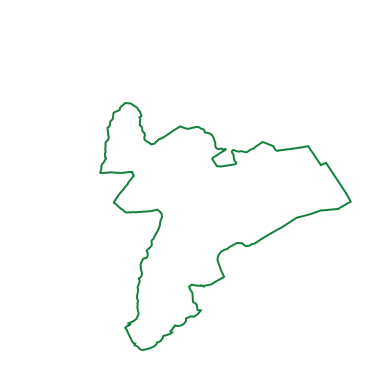 the district of Labuhan Batu Selatan, Sumatera Utara, Indonesia, rotated 58°
{"feature_id": "22746128B23995987640193", "entity_name": "Labuhan Batu Selatan", "entity_type": "district", "adm_level": 2, "iso_a3": "IDN", "parent_name": "Indonesia", "parent_adm1": "Sumatera Utara", "projection": "robinson", "projection_center": [100.002, 1.834], "detail": "fine", "context": "isolated", "style": "outline", "palette": "green", "viewbox_px": 384, "rotation_deg": 58, "n_neighbors": 0, "source": "geoboundaries", "source_scale": "gbopen_adm2", "svg_char_len": 6088}
<svg xmlns="http://www.w3.org/2000/svg" viewBox="0 0 384 384"><g transform="rotate(58 192 192)"><path d="M124.9,203.8L123.7,204.2L122.0,204.4L119.9,203.0L119.1,202.0L117.1,201.1L116.8,201.1L116.0,201.5L115.2,201.5L114.2,201.7L113.7,201.6L111.7,200.6L111.1,200.4L110.3,200.4L109.5,200.1L109.2,200.1L108.7,200.6L108.5,200.8L107.8,200.8L107.1,200.7L106.8,200.5L106.1,199.6L105.0,199.2L104.5,198.5L102.8,197.2L100.8,196.9L100.8,195.6L100.7,194.8L100.6,194.6L100.2,194.2L99.3,194.2L98.0,194.1L96.5,193.4L95.3,193.8L94.1,193.9L91.1,193.9L87.8,195.6L86.1,196.3L85.0,196.8L84.5,197.1L84.2,197.4L82.1,200.3L81.5,201.0L81.2,201.4L81.2,201.7L81.9,205.7L81.9,206.8L82.5,208.3L83.7,209.4L84.1,210.3L84.0,211.6L83.4,214.5L83.3,215.7L83.3,216.4L83.9,217.1L86.1,218.9L86.8,219.6L87.5,219.8L87.9,220.4L88.3,221.3L88.9,223.6L90.5,225.5L90.9,225.8L91.6,226.0L91.9,226.2L92.3,226.7L92.8,228.4L92.6,229.3L92.7,229.6L94.7,230.7L95.9,231.1L96.4,231.4L97.2,231.7L98.4,232.5L100.9,233.3L102.4,234.3L102.8,234.8L103.2,235.7L103.7,237.2L103.9,238.4L104.1,238.9L104.3,239.1L105.2,239.8L107.3,241.0L107.6,241.3L109.9,243.0L111.5,243.6L112.0,243.9L113.0,245.1L113.8,245.8L114.8,246.2L116.1,247.1L116.9,247.2L117.6,247.0L118.0,247.2L118.4,247.8L118.8,248.9L119.0,249.5L119.8,250.3L120.1,251.0L120.5,252.8L120.8,253.5L121.3,254.0L121.6,254.7L122.4,255.4L123.0,255.8L123.6,256.0L124.2,256.7L124.9,257.2L126.1,258.7L127.0,259.6L127.4,259.4L128.5,257.7L129.5,255.8L130.8,253.6L131.7,251.4L132.1,250.8L134.4,247.5L135.0,246.9L136.9,243.9L138.5,241.7L139.3,240.1L141.4,235.5L143.1,232.4L143.4,232.0L143.8,232.0L144.3,232.4L144.6,232.5L145.0,232.7L145.7,232.6L146.3,232.8L147.1,232.6L147.5,232.9L147.6,233.2L147.8,234.0L148.2,234.8L148.2,235.3L148.4,236.0L149.1,237.6L149.2,238.3L149.8,240.0L150.6,241.6L151.1,242.1L151.3,242.7L152.4,246.3L153.5,249.0L155.5,255.5L156.4,256.8L156.3,257.4L156.7,257.6L157.5,260.2L158.1,261.1L159.1,263.5L159.4,263.8L159.8,263.9L162.6,262.7L163.9,262.4L164.8,262.2L168.5,261.2L169.5,260.6L171.5,259.7L172.2,259.7L173.5,259.4L174.5,258.6L175.0,258.0L176.0,255.8L177.2,254.2L177.6,253.0L178.0,252.3L178.6,251.5L179.4,250.6L179.9,249.8L180.0,249.3L180.5,248.2L181.6,246.2L182.3,244.7L183.5,242.6L185.9,238.1L187.2,234.9L187.9,232.9L188.2,231.6L188.5,230.9L190.7,229.9L193.5,229.3L194.1,229.3L194.9,229.5L196.9,230.5L197.9,231.3L198.4,232.1L198.9,233.0L199.3,233.5L202.2,236.2L203.5,237.2L205.0,239.1L206.5,241.2L207.7,243.4L209.9,247.6L210.3,247.8L210.8,248.5L211.4,250.1L211.7,251.7L211.9,252.1L212.5,252.5L214.8,253.6L215.6,254.2L215.9,254.6L216.4,255.7L216.9,257.5L217.4,260.8L217.7,261.6L218.3,261.8L220.3,261.9L220.7,262.1L222.2,263.2L223.5,264.6L223.8,265.3L223.8,265.8L223.3,266.6L223.2,267.3L222.9,268.0L222.8,268.6L222.8,268.9L223.2,269.6L223.6,270.0L223.9,270.4L224.1,270.8L224.5,271.5L224.8,272.3L225.2,272.6L225.5,273.2L226.1,273.9L227.4,274.7L228.4,275.1L230.8,276.4L231.4,276.6L234.0,277.3L234.8,277.7L236.3,279.3L237.0,280.7L237.1,281.1L237.2,281.7L237.0,282.5L237.1,282.8L237.6,283.0L239.2,283.3L240.0,283.7L241.1,284.9L241.8,285.9L242.3,286.4L244.2,288.8L244.4,289.0L245.9,289.3L246.5,289.7L248.3,291.1L248.9,291.4L249.7,292.4L250.9,293.6L251.6,294.1L253.9,295.2L255.1,295.3L255.7,295.5L256.0,295.7L257.5,297.3L257.9,297.5L258.7,297.8L259.4,298.2L260.5,299.3L260.9,299.6L262.6,300.1L264.9,301.1L266.4,301.5L266.9,301.8L268.0,302.9L269.1,304.8L269.7,305.6L270.2,306.5L270.4,309.2L270.4,310.7L270.2,312.4L269.7,314.9L270.3,314.5L271.3,314.4L271.2,315.2L271.5,314.9L271.7,315.1L271.8,315.5L271.5,319.1L271.8,320.6L274.6,320.4L277.3,320.9L287.9,322.0L289.8,321.2L290.5,320.5L291.4,321.9L293.1,320.7L294.5,320.0L295.2,319.7L297.4,319.5L298.9,318.7L300.2,316.8L301.2,314.0L302.2,310.5L302.7,306.7L302.8,306.0L302.8,305.0L302.5,303.6L301.9,302.2L301.1,301.6L301.8,297.8L300.3,294.1L298.8,292.5L299.7,290.1L300.3,287.7L300.7,285.7L300.6,283.7L300.4,284.0L298.5,284.1L298.5,281.9L297.8,281.4L297.4,280.7L296.8,278.3L296.2,277.1L298.1,275.1L299.2,272.3L299.5,269.0L298.4,265.6L296.0,264.1L296.9,258.7L298.8,256.5L298.6,251.3L297.1,247.3L295.2,249.8L293.1,249.1L289.8,247.6L285.6,249.3L277.7,245.1L273.9,245.3L270.8,244.7L270.4,241.4L273.3,238.4L276.7,233.7L276.3,233.5L277.3,232.8L277.2,232.8L278.6,230.0L280.5,225.0L280.5,220.9L280.7,215.5L281.0,211.3L280.9,211.3L281.0,210.9L280.9,209.7L273.9,208.9L269.6,207.9L263.5,206.6L261.3,205.0L259.9,203.4L257.9,199.0L258.2,195.2L259.0,191.9L258.6,190.2L258.6,189.1L259.0,181.2L260.5,178.8L261.1,178.4L261.4,177.2L262.3,176.5L264.0,176.1L266.2,175.3L268.0,171.7L267.9,169.4L269.0,165.9L268.7,159.8L268.7,154.1L268.9,146.0L269.0,146.0L269.1,143.2L269.3,138.2L269.6,135.6L269.3,116.9L272.7,106.1L273.9,101.9L275.8,92.9L283.9,76.9L283.8,75.1L284.1,65.6L284.4,62.7L281.2,62.3L274.1,62.0L238.3,62.9L237.5,68.5L224.2,68.8L214.6,69.3L212.8,74.1L210.1,80.4L203.2,95.5L202.7,96.6L202.5,97.7L201.2,98.7L200.3,98.9L197.0,99.0L195.9,98.8L194.9,99.7L187.1,105.5L187.1,108.5L187.3,113.9L187.7,116.6L187.3,118.8L187.1,120.2L187.3,124.5L186.0,126.1L185.1,127.0L183.5,128.5L182.6,130.9L180.6,133.0L178.8,134.1L178.1,135.0L178.4,136.1L179.1,136.9L180.5,137.2L181.7,136.9L185.8,138.6L188.3,139.4L190.4,138.9L191.5,139.9L191.0,141.8L190.5,142.7L185.7,154.0L183.7,156.7L183.0,157.2L174.9,157.3L174.5,157.2L174.3,157.0L174.0,155.8L174.1,153.7L173.9,146.2L174.0,141.4L173.9,140.9L173.4,140.9L173.0,141.3L172.6,142.1L172.6,143.6L171.4,143.6L170.4,144.4L170.2,146.0L169.8,146.8L169.2,147.3L168.5,147.7L167.3,148.2L165.9,148.0L164.4,147.3L163.4,146.6L161.1,145.9L158.7,145.2L155.5,144.8L153.3,145.2L152.5,145.5L150.4,147.1L149.6,148.0L148.7,149.3L147.3,149.2L146.7,149.0L146.2,149.0L145.0,149.1L144.4,149.4L143.6,150.2L143.3,150.7L142.0,151.2L141.3,151.4L139.8,152.7L139.4,153.2L139.0,154.0L138.4,156.2L137.8,157.3L137.3,159.2L136.9,160.8L136.4,161.7L135.1,163.3L133.8,164.5L130.1,167.2L130.1,175.9L130.4,181.4L130.5,184.6L130.4,188.3L130.5,189.1L130.2,189.9L130.0,191.5L129.8,192.1L129.9,193.3L130.2,194.1L130.3,195.7L130.5,196.5L130.9,197.4L131.2,198.2L130.8,199.4L129.9,201.5L129.0,201.6L128.1,201.9L124.9,203.8Z" fill="none" stroke="#15803d" stroke-width="2"/></g></svg>